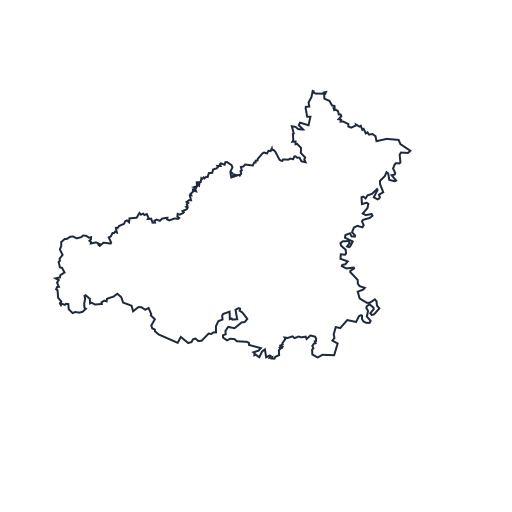 Tantoyuca, Veracruz, Mexico, rotated 234°
{"feature_id": "50627088B9649339399974", "entity_name": "Tantoyuca", "entity_type": "district", "adm_level": 2, "iso_a3": "MEX", "parent_name": "Mexico", "parent_adm1": "Veracruz", "projection": "mercator", "projection_center": [-98.193, 21.39], "detail": "fine", "context": "isolated", "style": "outline", "palette": "slate", "viewbox_px": 512, "rotation_deg": 234, "n_neighbors": 0, "source": "geoboundaries", "source_scale": "gbopen_adm2", "svg_char_len": 6128}
<svg xmlns="http://www.w3.org/2000/svg" viewBox="0 0 512 512"><g transform="rotate(234 256 256)"><path d="M250.4,442.7L261.6,438.6L266.1,439.6L273.9,430.6L278.1,421.0L282.7,423.1L286.2,421.9L287.9,418.7L290.5,418.9L290.6,416.9L295.5,417.8L295.6,416.2L299.7,417.3L299.7,415.9L303.7,414.1L302.8,413.7L303.9,408.5L306.5,406.8L308.5,408.3L313.6,405.5L315.0,403.4L316.2,404.9L318.1,403.2L318.9,407.2L320.8,407.6L321.9,406.2L324.9,407.5L327.3,406.6L328.0,405.0L330.1,405.7L329.6,406.7L331.3,407.7L333.0,406.0L338.3,406.6L343.1,403.8L347.2,406.5L346.5,407.4L347.5,409.0L348.5,406.8L347.4,406.3L352.3,399.8L354.8,398.3L355.4,399.4L356.2,398.9L352.0,394.3L349.3,388.8L345.6,386.9L347.4,384.0L346.4,383.0L338.6,379.3L336.7,381.9L330.9,375.3L338.0,370.0L336.7,367.5L330.6,368.5L331.1,367.7L333.9,364.7L337.2,363.9L339.9,361.3L333.0,358.6L333.1,357.6L328.0,354.4L327.0,352.6L325.4,355.3L323.2,353.7L322.6,355.1L317.0,356.0L313.0,352.8L306.8,353.7L305.8,351.9L302.7,351.2L305.9,348.4L310.0,349.0L311.4,347.0L313.4,346.6L314.0,345.6L312.5,342.9L314.7,340.9L314.9,338.9L318.2,334.6L317.5,333.2L318.2,332.4L320.0,331.6L328.9,332.9L331.6,332.5L332.3,331.3L333.7,332.0L332.3,329.4L333.8,327.9L332.5,325.2L335.0,323.3L335.2,321.5L333.5,314.5L332.4,313.4L333.3,311.8L331.9,310.6L332.7,309.4L331.1,306.6L336.4,301.0L335.8,298.5L336.9,296.1L333.6,294.8L333.8,293.4L331.4,292.5L330.6,290.2L331.6,290.1L333.0,285.6L333.4,287.4L335.5,285.6L334.4,285.3L334.2,282.3L337.5,283.8L337.6,285.3L339.2,284.7L341.6,289.1L344.0,289.6L349.0,287.8L349.9,286.4L348.3,284.3L351.6,282.0L351.5,280.8L349.6,280.3L351.6,277.7L350.4,277.6L350.0,275.7L351.2,272.1L349.0,269.5L350.8,266.6L348.3,263.3L349.4,262.2L349.1,259.9L350.4,259.8L350.0,257.5L350.9,257.4L348.3,254.7L349.7,252.5L348.1,253.0L346.4,251.3L349.2,250.6L347.1,249.3L348.1,246.4L346.3,247.6L345.5,245.9L343.6,245.5L345.1,244.3L346.4,245.2L346.9,244.2L345.0,242.6L344.7,239.5L343.1,239.3L343.9,238.1L339.3,236.2L340.5,234.6L340.5,231.6L338.7,232.3L338.5,230.3L336.7,230.0L336.8,228.4L335.2,229.0L334.5,227.4L335.5,223.0L333.8,223.3L333.6,222.1L334.3,218.7L336.1,217.4L334.2,215.6L331.9,216.2L331.8,214.8L334.2,212.2L335.8,206.7L337.9,205.6L339.0,206.8L339.6,205.8L341.4,202.0L341.0,198.9L343.9,197.0L344.3,194.6L342.4,193.9L343.8,191.9L347.8,193.1L349.5,190.2L350.2,191.5L354.0,192.3L354.8,189.8L356.6,189.6L357.1,187.2L359.3,187.0L357.1,181.9L360.8,175.8L357.9,173.1L360.7,172.5L361.0,170.5L359.6,168.2L360.8,162.8L360.0,160.7L361.1,159.2L356.8,157.2L358.5,156.3L358.0,154.4L358.9,153.4L357.2,150.1L357.6,147.8L352.0,146.7L351.5,145.7L356.4,140.5L356.0,135.5L357.5,135.2L357.3,136.7L361.0,134.6L363.2,129.7L364.1,130.8L366.2,130.2L366.5,132.2L368.2,133.6L369.0,131.6L372.1,130.5L374.2,128.2L374.0,125.6L375.6,121.4L379.4,119.4L380.8,116.9L381.0,113.0L382.2,111.1L381.7,106.5L378.6,104.4L376.6,101.2L370.6,100.2L369.3,95.6L367.4,94.5L367.2,92.8L362.1,90.7L360.4,92.1L355.2,91.4L355.5,86.5L353.9,84.8L355.7,80.7L352.5,82.2L351.4,79.4L346.9,78.4L347.8,76.9L346.6,74.8L344.9,75.3L338.6,71.4L333.6,71.7L333.0,69.5L331.0,69.3L331.8,70.6L328.8,72.6L329.0,74.2L327.4,75.9L323.0,73.2L317.6,74.1L317.0,76.7L314.0,79.8L312.8,82.9L313.3,87.4L315.0,86.8L318.7,89.2L321.8,92.7L324.5,93.8L324.4,95.1L319.0,96.4L315.2,93.9L314.8,95.6L311.4,97.2L307.8,103.1L309.3,103.8L309.1,107.0L307.1,108.5L309.0,110.3L306.9,116.9L307.0,121.6L301.9,122.8L296.5,121.1L288.9,126.1L283.5,124.1L283.8,130.7L282.1,133.1L277.6,134.8L277.1,138.5L270.6,137.1L269.8,136.0L264.3,137.0L261.3,130.4L258.3,129.5L256.1,130.9L254.5,130.0L249.8,131.1L231.8,141.6L234.7,147.6L225.4,150.0L224.3,153.2L225.6,156.1L224.8,158.5L221.1,159.3L219.4,162.2L221.1,172.1L219.3,173.8L219.2,176.7L217.7,178.7L222.7,182.3L225.4,187.1L224.3,191.6L227.7,193.6L228.4,195.4L226.5,201.9L220.3,197.7L219.8,199.6L218.4,199.5L215.9,203.6L224.5,207.8L224.1,211.2L222.8,212.2L221.3,210.6L218.3,211.8L210.2,212.0L209.2,208.2L210.7,205.3L210.2,196.2L215.0,191.8L213.3,187.2L210.5,185.5L211.3,182.7L209.4,181.4L204.9,182.9L204.1,186.7L201.3,189.8L198.3,190.4L192.0,198.1L190.0,199.2L188.1,198.1L178.7,205.7L177.9,202.5L179.6,197.3L178.2,197.7L176.7,196.4L176.4,197.8L172.2,199.1L175.2,204.9L175.2,208.3L168.1,204.7L167.5,208.4L166.8,209.0L165.7,207.2L164.7,209.6L163.9,208.4L162.1,210.6L163.1,212.4L162.2,216.4L166.3,219.1L166.6,221.1L168.0,221.2L167.9,223.1L166.6,222.4L166.4,223.3L166.9,224.1L168.5,222.9L169.3,223.0L168.7,225.6L169.9,226.0L171.6,231.1L173.2,231.2L171.1,233.4L169.5,238.3L166.9,238.9L165.8,243.1L163.5,244.9L161.6,248.8L159.1,248.2L159.7,253.3L156.0,256.4L153.9,256.1L151.9,254.5L152.3,253.4L150.4,252.9L151.1,251.3L150.1,248.7L147.6,248.2L147.2,246.3L143.2,243.7L137.7,246.2L137.0,251.7L129.8,260.9L137.2,270.6L142.6,268.1L143.6,271.3L146.9,272.8L151.6,278.7L148.2,281.8L150.5,292.2L143.8,298.2L146.8,304.0L146.4,306.2L145.3,306.7L142.5,304.6L139.8,304.5L137.0,306.0L135.1,308.6L136.1,310.6L141.9,310.1L145.6,314.3L149.1,314.7L150.2,316.0L150.2,319.4L145.2,320.7L143.8,320.0L142.5,314.8L140.3,314.9L139.4,317.2L141.1,325.0L144.8,324.7L148.5,326.9L151.0,326.7L151.3,320.6L152.9,318.2L160.7,314.9L167.3,317.3L165.8,323.0L166.3,325.3L170.7,322.1L173.7,322.1L176.9,324.2L187.6,322.8L188.5,323.5L188.3,328.0L189.2,328.3L192.8,321.8L197.3,319.5L198.1,320.6L196.8,323.4L197.7,327.0L204.1,322.7L207.5,325.6L204.7,328.8L205.2,330.4L208.3,332.2L214.3,330.9L216.8,331.9L216.9,334.8L213.6,339.7L211.5,339.5L210.2,335.3L208.5,336.5L208.4,337.8L210.9,342.8L218.5,338.7L220.4,340.7L219.1,345.4L215.7,344.8L213.6,347.4L214.3,348.2L218.8,347.7L221.5,352.0L220.8,355.7L216.7,358.9L217.6,361.2L221.8,362.1L222.3,363.8L219.9,370.5L220.1,373.9L222.0,374.2L224.6,368.8L227.6,367.3L229.3,374.4L232.1,377.5L234.1,376.8L235.7,372.2L241.5,375.9L241.0,377.7L238.2,378.5L239.5,381.9L238.1,386.3L239.0,393.2L237.9,393.1L234.3,385.8L230.4,387.6L230.1,389.3L230.7,390.8L233.3,391.5L232.8,396.4L241.2,398.6L243.9,400.4L244.9,407.2L247.1,410.9L245.1,411.5L239.2,408.6L234.8,412.3L234.7,413.7L241.6,413.2L240.4,416.0L241.2,417.4L246.2,418.3L248.4,421.8L248.9,423.6L246.6,426.5L246.9,427.9L253.4,431.7L254.5,434.0L250.0,439.6L250.4,442.7Z" fill="none" stroke="#1e293b" stroke-width="2"/></g></svg>